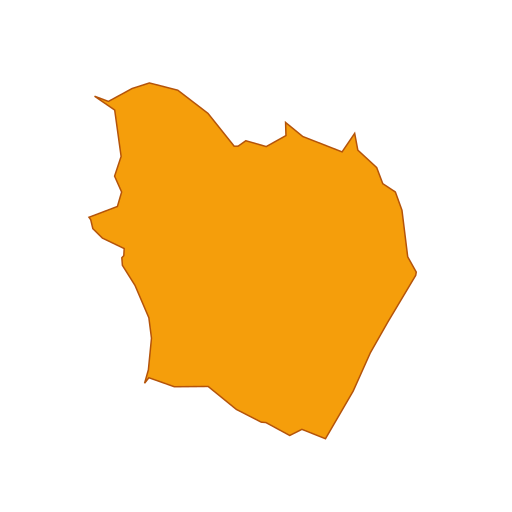 Stafford, Virginia, United States of America (orthographic projection), rotated 166°
{"feature_id": "52423323B30629094750441", "entity_name": "Stafford", "entity_type": "district", "adm_level": 2, "iso_a3": "USA", "parent_name": "United States of America", "parent_adm1": "Virginia", "projection": "orthographic", "projection_center": [-77.434, 38.418], "detail": "fine", "context": "isolated", "style": "filled", "palette": "amber", "viewbox_px": 512, "rotation_deg": 166, "n_neighbors": 0, "source": "geoboundaries", "source_scale": "gbopen_adm2", "svg_char_len": 814}
<svg xmlns="http://www.w3.org/2000/svg" viewBox="0 0 512 512"><g transform="rotate(166 256 256)"><path d="M268.1,406.0L291.8,435.8L317.6,449.7L335.7,448.5L361.8,441.7L374.0,450.1L357.8,431.8L362.8,385.2L373.9,367.7L370.9,350.6L378.5,337.6L408.7,334.0L407.6,331.2L407.7,322.0L400.7,310.5L382.1,295.1L384.2,288.3L386.6,286.8L387.9,279.3L380.5,256.7L374.9,222.0L377.3,201.5L388.0,171.5L394.9,159.5L389.4,163.8L366.9,148.9L334.0,141.0L312.2,111.9L291.1,93.5L286.7,92.0L266.7,73.7L253.4,76.7L232.8,61.9L194.4,101.4L168.5,134.4L144.0,160.1L105.7,198.6L104.4,201.6L109.0,218.5L103.3,265.1L105.3,284.4L115.5,295.5L117.5,312.6L131.6,334.1L130.6,351.1L147.3,336.2L181.7,360.6L195.0,378.4L197.8,365.6L219.6,359.7L238.0,370.3L246.8,366.9L250.6,367.8L268.1,406.0Z" fill="#f59e0b" stroke="#b45309" stroke-width="1.5"/></g></svg>